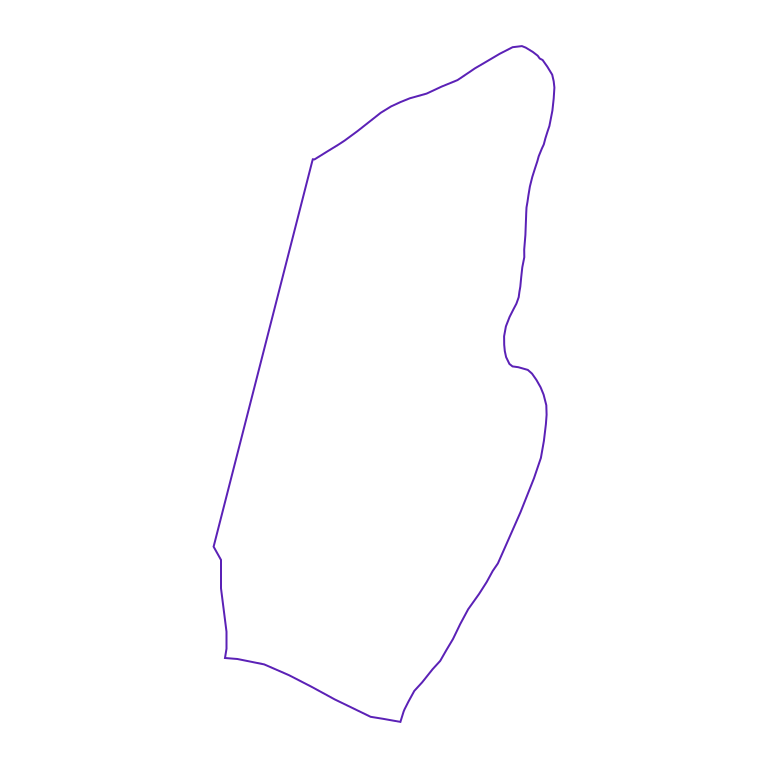 the district of Joyeux, Vieux Fort, Saint Lucia
{"feature_id": "8701671B17958091241974", "entity_name": "Joyeux", "entity_type": "district", "adm_level": 2, "iso_a3": "LCA", "parent_name": "Saint Lucia", "parent_adm1": "Vieux Fort", "projection": "mercator", "projection_center": [-60.96, 13.783], "detail": "fine", "context": "isolated", "style": "outline", "palette": "violet", "viewbox_px": 768, "rotation_deg": 0, "n_neighbors": 0, "source": "geoboundaries", "source_scale": "gbopen_adm2", "svg_char_len": 1427}
<svg xmlns="http://www.w3.org/2000/svg" viewBox="0 0 768 768"><path d="M225.0,658.0L237.4,659.0L264.2,664.4L289.0,675.2L311.2,686.6L334.7,699.4L370.6,716.8L383.0,718.8L400.4,721.9L403.6,711.6L404.5,709.4L408.4,701.7L414.3,690.9L422.1,682.4L432.6,669.2L440.2,660.9L446.2,650.4L453.0,639.0L460.2,624.1L468.2,609.2L479.1,593.9L486.7,582.0L492.7,571.0L497.9,563.4L506.0,545.1L520.5,512.2L534.0,478.2L540.9,457.9L543.9,440.9L545.9,424.2L546.6,414.8L546.3,405.2L543.6,394.6L540.6,387.3L536.4,379.9L532.0,373.6L527.8,369.9L518.3,367.2L512.5,366.4L509.4,363.9L506.1,357.1L504.8,351.1L504.2,344.8L504.1,336.3L505.9,326.4L509.6,316.9L513.6,309.0L516.4,303.7L518.7,297.2L519.4,291.9L520.3,286.7L521.2,277.3L522.3,267.3L524.3,257.2L524.2,249.6L525.4,235.0L526.1,216.5L526.2,213.5L526.5,207.5L527.5,201.7L528.4,195.5L529.9,186.5L532.3,176.9L535.0,168.4L537.3,161.4L538.7,156.3L541.8,148.7L543.8,144.4L545.4,138.3L547.6,131.3L549.4,126.0L552.4,110.6L553.7,98.5L554.4,87.6L553.7,81.3L552.2,74.7L547.4,66.8L542.6,60.0L539.7,58.5L537.7,55.7L532.9,52.0L525.7,47.6L521.9,46.1L512.6,47.2L499.7,53.8L484.6,62.7L475.0,68.3L465.1,75.0L457.5,80.1L441.6,86.6L426.6,93.6L409.8,98.3L400.4,102.1L391.1,106.4L380.7,112.8L368.8,122.2L357.5,131.1L344.6,140.6L338.0,144.9L331.3,149.0L326.4,152.0L314.5,159.4L312.8,159.3L312.1,161.8L213.6,546.7L221.0,559.9L221.0,588.3L226.5,631.7L226.5,648.7L225.0,658.0Z" fill="none" stroke="#5b21b6" stroke-width="2"/></svg>